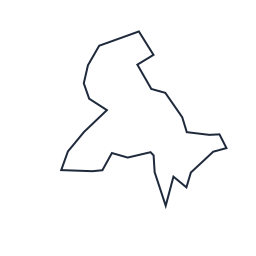 Saint John, Albers equal-area conic projection, rotated 333°
{"feature_id": "ATG-5098", "entity_name": "Saint John", "entity_type": "Parish", "adm_level": 1, "iso_a3": "ATG", "parent_name": "Antigua and Barbuda", "parent_adm1": "", "projection": "albers", "projection_center": [-61.826, 17.106], "detail": "fine", "context": "isolated", "style": "outline", "palette": "slate", "viewbox_px": 256, "rotation_deg": 333, "n_neighbors": 0, "source": "natural_earth", "source_scale": "10m", "svg_char_len": 525}
<svg xmlns="http://www.w3.org/2000/svg" viewBox="0 0 256 256"><g transform="rotate(333 128 128)"><path d="M86.0,154.0L76.6,150.3L49.4,135.2L63.8,121.6L87.1,111.5L117.3,102.5L106.7,84.3L108.9,68.1L120.8,53.9L139.7,41.6L181.5,46.9L183.9,74.4L165.1,75.8L166.5,103.8L177.2,113.6L181.2,143.0L178.5,158.4L197.3,171.0L206.6,175.2L206.6,190.6L193.2,187.8L163.8,196.2L153.1,207.4L146.4,192.0L126.3,214.4L131.7,179.4L138.4,164.0L137.1,159.8L114.3,154.2L102.3,143.0L86.0,154.0Z" fill="none" stroke="#1e293b" stroke-width="2"/></g></svg>